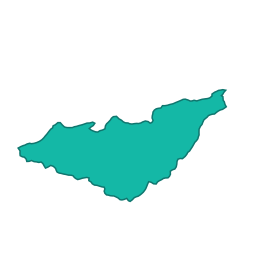 the district of Ipuiúna, Minas Gerais, Brazil, rotated 45°
{"feature_id": "56859067B76298814217950", "entity_name": "Ipuiúna", "entity_type": "district", "adm_level": 2, "iso_a3": "BRA", "parent_name": "Brazil", "parent_adm1": "Minas Gerais", "projection": "albers", "projection_center": [-46.134, -22.005], "detail": "fine", "context": "isolated", "style": "filled", "palette": "teal", "viewbox_px": 256, "rotation_deg": 45, "n_neighbors": 0, "source": "geoboundaries", "source_scale": "gbopen_adm2", "svg_char_len": 2905}
<svg xmlns="http://www.w3.org/2000/svg" viewBox="0 0 256 256"><g transform="rotate(45 128 128)"><path d="M98.0,214.7L99.0,212.3L99.8,209.1L102.3,207.9L105.4,207.8L107.4,208.8L109.1,209.3L111.1,208.6L112.8,207.4L114.9,206.2L116.9,204.8L119.1,203.5L121.3,201.5L123.0,200.6L124.9,200.9L126.7,200.7L128.9,200.0L130.1,198.0L131.2,195.8L132.3,194.2L133.8,192.1L135.7,190.9L137.5,192.9L140.2,192.3L142.2,192.7L144.6,192.1L146.7,190.4L148.9,189.3L151.3,188.0L153.0,186.7L154.7,187.4L155.8,189.5L157.8,190.5L160.1,190.5L161.5,189.4L163.2,188.5L164.7,187.3L166.0,186.1L167.7,185.4L170.3,184.5L173.1,184.3L174.6,183.1L175.7,181.4L176.9,178.7L179.7,179.1L181.4,178.4L181.8,175.8L181.7,172.8L182.4,170.9L183.4,169.1L183.9,166.9L184.1,164.9L184.2,162.5L183.9,160.3L183.5,158.4L182.6,156.2L181.5,153.7L180.6,151.3L182.7,150.0L185.5,149.4L187.5,147.7L187.0,145.3L187.4,143.3L188.3,140.7L188.7,138.6L189.9,136.7L191.5,135.0L191.5,132.9L190.7,130.7L188.5,128.7L189.0,126.1L190.1,123.9L189.6,121.4L188.1,119.1L186.3,117.0L185.4,114.7L186.5,112.6L188.2,111.2L188.5,107.7L188.2,105.1L187.5,103.0L187.8,100.7L187.3,98.3L186.8,95.8L186.1,93.3L185.4,90.9L185.4,88.6L185.0,86.2L184.0,84.6L183.2,82.7L181.3,80.9L179.1,78.6L178.0,75.5L177.8,73.1L176.9,71.2L175.9,68.5L176.1,66.3L176.3,64.4L176.1,62.3L176.8,60.6L177.8,58.7L179.3,56.9L179.5,54.3L179.9,52.0L180.6,49.8L181.7,47.9L182.1,45.9L182.5,43.5L180.0,42.8L177.6,41.4L175.7,41.1L174.3,39.9L172.9,38.7L171.2,39.1L171.2,37.2L170.6,35.1L170.4,32.2L167.9,33.9L166.7,35.7L165.4,37.4L164.8,39.4L164.0,41.3L163.4,44.6L164.8,46.1L164.5,49.0L163.3,51.1L161.9,52.9L160.1,55.3L158.8,57.7L157.5,60.2L155.1,61.7L154.2,63.5L153.0,64.9L150.8,65.7L148.1,67.1L146.7,68.8L146.0,70.8L145.0,73.3L143.8,76.1L142.7,79.0L140.9,81.9L139.9,83.9L138.4,86.0L136.6,87.8L137.1,90.6L135.4,92.8L134.4,94.5L134.0,96.7L134.4,99.0L135.5,100.4L136.6,102.3L138.0,103.9L140.4,104.9L141.0,107.1L140.3,108.9L137.7,109.2L135.3,110.8L134.1,113.3L133.5,115.4L132.3,117.4L130.9,118.6L129.5,120.3L128.0,122.4L126.2,123.8L124.5,124.4L122.5,126.2L120.3,127.0L117.9,127.1L115.2,127.9L111.6,127.9L109.6,130.4L109.4,132.9L109.9,134.8L110.0,138.0L109.9,140.2L110.5,142.4L112.3,144.9L111.4,147.5L110.1,149.7L109.5,152.2L107.9,153.6L105.8,154.6L103.5,155.5L101.0,155.8L101.1,153.7L101.7,150.8L101.2,148.1L98.9,148.8L97.4,151.5L95.5,153.6L94.3,156.1L93.2,158.3L91.7,160.8L90.4,163.3L89.2,165.0L88.4,167.0L86.4,169.1L84.5,170.9L82.4,172.2L79.6,172.3L76.3,172.1L74.6,173.8L74.3,177.2L73.5,179.4L74.6,181.2L74.2,183.3L74.4,185.5L74.7,187.7L75.0,189.9L75.1,191.9L75.4,194.3L75.4,197.2L74.8,200.1L73.7,202.9L72.4,205.3L70.8,207.4L69.3,208.3L67.9,210.7L67.2,213.0L66.3,214.6L65.3,217.1L64.5,219.9L67.8,220.5L69.6,222.4L71.3,223.8L73.6,223.1L75.4,221.9L78.0,222.0L80.1,223.2L81.6,221.6L82.8,219.2L85.4,218.2L87.2,216.7L89.3,215.4L90.6,213.5L92.8,213.3L95.2,214.0L98.0,214.7Z" fill="#14b8a6" stroke="#0f766e" stroke-width="1.5"/></g></svg>